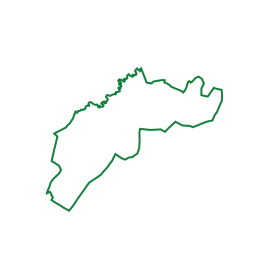 the district of Taura, Jigawa, Nigeria, rotated 155°
{"feature_id": "59680162B96971531554224", "entity_name": "Taura", "entity_type": "district", "adm_level": 2, "iso_a3": "NGA", "parent_name": "Nigeria", "parent_adm1": "Jigawa", "projection": "orthographic", "projection_center": [9.372, 12.271], "detail": "fine", "context": "isolated", "style": "outline", "palette": "green", "viewbox_px": 256, "rotation_deg": 155, "n_neighbors": 0, "source": "geoboundaries", "source_scale": "gbopen_adm2", "svg_char_len": 4959}
<svg xmlns="http://www.w3.org/2000/svg" viewBox="0 0 256 256"><g transform="rotate(155 128 128)"><path d="M117.5,171.9L117.7,171.5L117.4,170.8L117.3,170.6L116.9,170.4L116.6,169.9L116.4,169.6L116.2,169.2L116.3,168.7L116.6,168.5L117.1,168.4L117.4,168.1L117.6,167.7L118.0,167.2L118.3,166.9L118.7,166.8L119.1,166.8L119.5,166.9L119.6,167.2L119.3,167.5L119.0,167.7L118.7,168.1L118.7,168.5L119.2,168.7L119.4,168.3L119.8,168.2L119.9,167.7L119.9,167.1L119.9,166.7L119.8,165.5L119.9,164.8L120.6,164.8L121.1,164.9L121.8,164.8L122.2,165.1L122.8,165.4L123.5,165.6L124.0,165.5L124.4,165.2L124.5,164.9L124.3,164.2L124.6,163.9L125.2,163.8L125.7,164.2L126.3,164.7L126.8,164.7L127.7,164.6L128.5,164.9L129.0,164.8L130.2,164.6L131.0,165.1L131.8,165.6L132.3,166.2L132.6,166.5L132.8,166.6L133.0,166.7L133.5,166.4L134.1,166.1L134.5,165.8L134.7,165.5L134.7,165.1L134.4,164.2L134.2,163.4L134.2,162.9L134.3,162.2L135.2,161.7L136.3,161.3L137.0,160.3L137.4,159.9L137.8,160.0L138.4,160.1L138.8,160.5L138.7,160.9L138.2,161.1L138.0,161.3L137.9,161.7L138.4,162.1L138.9,162.3L139.4,162.2L139.9,162.1L140.5,162.0L141.1,162.0L141.5,161.8L141.8,161.5L141.7,161.1L141.6,160.7L141.1,160.4L140.9,160.0L140.7,159.6L140.6,159.1L140.6,158.8L140.8,158.5L141.1,158.4L141.3,158.5L141.5,158.3L141.8,158.0L142.4,158.0L142.7,158.3L143.4,158.7L143.9,159.2L144.0,159.6L144.3,160.0L144.6,160.3L145.0,160.3L145.1,160.0L144.9,159.6L144.6,159.2L144.7,158.8L144.9,158.6L145.4,158.7L145.7,159.0L145.7,159.4L146.0,159.4L146.2,159.9L146.2,160.4L146.1,161.0L146.0,161.6L146.0,162.1L146.5,162.5L147.1,162.5L147.7,162.8L148.4,163.3L148.9,164.0L149.5,164.8L149.9,165.5L150.2,166.2L150.6,166.9L151.1,167.3L151.9,167.4L152.5,167.5L153.1,167.2L153.4,166.8L153.6,166.3L153.6,165.7L153.6,165.3L153.6,164.8L153.8,164.6L154.4,164.7L155.1,165.2L155.4,165.5L156.0,165.6L156.9,165.4L157.4,165.1L157.8,164.5L158.1,163.9L158.5,163.7L158.9,163.7L159.2,163.3L159.9,163.5L160.5,163.8L161.4,163.5L161.8,163.6L162.3,164.1L162.7,164.4L163.4,164.2L163.7,163.9L163.9,163.8L164.3,163.9L165.1,164.1L165.6,164.3L165.9,164.4L166.3,164.2L166.6,163.9L167.1,163.6L167.4,163.3L167.8,163.3L168.3,163.7L168.3,164.5L168.6,165.1L170.5,163.4L174.0,159.8L179.6,156.4L181.9,155.9L184.0,154.7L194.5,154.3L197.2,154.2L195.6,150.1L206.6,136.3L209.9,132.0L211.2,130.2L209.5,127.9L206.5,122.9L206.4,118.4L208.4,116.6L210.6,115.6L212.9,114.9L217.5,113.3L220.8,111.5L223.8,108.3L228.1,104.3L229.0,103.2L228.8,103.2L228.7,103.1L228.3,103.0L228.1,103.0L227.9,103.1L227.7,103.2L226.9,103.2L226.6,103.3L225.9,103.0L225.7,102.9L225.7,102.5L225.6,102.1L225.5,101.9L225.4,101.4L225.4,101.1L225.4,100.8L225.4,100.6L225.4,100.3L225.5,100.1L225.7,99.8L225.8,99.7L225.6,98.0L225.4,97.0L225.6,96.6L226.9,95.7L227.8,95.1L225.8,91.8L225.8,91.7L223.7,88.7L222.1,86.4L219.9,82.8L216.4,78.0L212.7,79.7L209.2,81.5L206.4,83.4L202.2,85.9L198.4,88.0L190.9,92.3L187.1,94.4L186.4,94.9L176.9,96.3L171.9,97.2L170.8,97.9L162.1,101.7L159.9,103.2L156.7,104.7L150.4,109.7L146.7,103.5L144.1,100.6L139.5,100.9L136.6,99.8L130.3,100.9L126.2,105.3L122.5,112.3L119.6,119.0L117.4,122.1L115.7,121.1L108.4,116.7L99.1,113.0L96.0,108.9L90.9,110.9L82.3,113.6L77.7,107.4L71.2,103.8L70.9,103.6L68.9,101.3L54.3,100.5L48.5,99.2L48.4,99.2L48.2,99.2L45.3,102.0L40.1,105.3L33.5,111.3L31.8,112.6L29.1,117.4L27.0,123.0L27.9,123.7L31.1,126.0L33.2,128.1L40.2,124.1L40.3,124.0L42.5,122.8L46.0,125.4L47.6,126.9L44.7,132.9L40.4,136.1L40.3,141.3L42.4,144.7L45.7,144.8L50.1,142.9L52.2,142.8L52.4,144.4L54.1,144.3L56.3,142.0L58.4,139.5L59.8,138.7L60.8,137.8L62.5,137.0L62.9,136.8L63.6,138.2L64.1,139.1L71.2,146.9L72.5,150.1L75.2,153.4L75.8,153.9L74.5,155.8L76.7,157.0L83.9,159.0L85.2,159.3L86.5,159.1L87.3,158.6L88.1,158.5L88.7,159.0L91.9,161.2L90.9,176.5L91.9,176.3L92.4,175.5L92.7,174.6L93.2,174.4L93.3,175.1L93.5,176.0L94.7,177.3L94.6,178.0L95.3,177.9L95.9,177.7L96.6,177.1L97.2,177.0L97.5,176.5L97.5,176.3L97.5,175.9L97.3,175.4L97.2,174.8L97.3,174.4L97.5,174.0L97.8,173.8L98.2,173.8L98.3,173.6L98.1,173.3L97.8,173.4L97.7,173.1L98.0,173.0L98.4,173.1L98.8,172.9L99.4,173.1L99.8,173.0L100.2,173.1L100.3,173.5L100.6,173.9L100.9,174.2L101.4,174.1L101.7,173.7L101.9,173.3L101.8,173.0L101.7,172.7L102.1,172.6L102.6,172.8L103.0,173.1L103.2,173.8L103.8,174.6L104.1,174.8L104.5,175.2L104.7,175.8L104.6,176.4L105.3,176.3L106.0,176.1L106.5,175.8L107.0,175.2L107.2,174.5L107.4,173.9L107.6,173.5L108.1,173.2L108.7,173.3L109.0,173.8L109.4,173.8L109.7,173.5L109.2,173.1L109.6,172.9L110.2,172.8L110.7,173.1L111.0,173.6L110.9,174.0L111.1,174.0L111.3,173.8L111.4,173.7L111.5,173.0L111.6,172.6L111.7,172.0L111.7,171.6L112.0,171.6L112.2,172.0L112.7,172.6L113.0,173.2L113.3,173.9L113.7,174.3L113.8,174.4L114.4,175.0L115.0,175.4L115.4,175.7L115.8,175.6L116.1,175.3L116.6,175.2L116.9,174.9L116.9,174.5L116.8,174.3L116.6,174.1L116.0,173.8L115.5,173.5L115.7,172.8L115.5,172.4L115.3,171.9L115.4,171.4L115.7,171.0L116.0,170.7L116.4,171.4L116.6,171.7L116.6,172.1L116.9,172.3L117.5,171.9Z" fill="none" stroke="#15803d" stroke-width="2"/></g></svg>